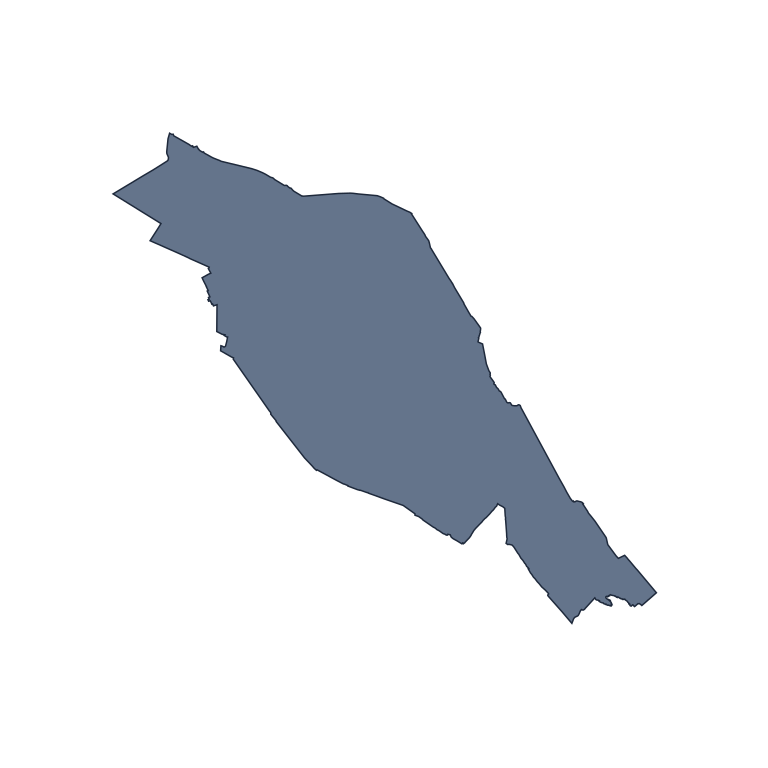 the district of Smallingerland, Friesland, Netherlands, rotated 236°
{"feature_id": "6326949B9075105928682", "entity_name": "Smallingerland", "entity_type": "district", "adm_level": 2, "iso_a3": "NLD", "parent_name": "Netherlands", "parent_adm1": "Friesland", "projection": "natural_earth1", "projection_center": [5.999, 53.115], "detail": "fine", "context": "isolated", "style": "filled", "palette": "slate", "viewbox_px": 768, "rotation_deg": 236, "n_neighbors": 0, "source": "geoboundaries", "source_scale": "gbopen_adm2", "svg_char_len": 5919}
<svg xmlns="http://www.w3.org/2000/svg" viewBox="0 0 768 768"><g transform="rotate(236 384 384)"><path d="M544.1,286.3L543.1,289.9L521.0,274.7L515.9,277.5L514.5,278.7L514.6,278.8L513.8,279.6L513.5,278.7L510.8,280.0L510.4,280.6L507.1,277.3L504.0,273.8L503.9,272.9L504.1,272.0L505.5,271.3L506.9,270.2L502.9,267.1L491.6,272.7L489.8,273.9L488.9,272.9L425.9,273.9L424.2,274.1L423.0,273.9L422.5,273.3L422.2,273.2L413.9,274.0L413.6,273.9L413.3,273.6L367.1,276.8L356.3,278.6L353.0,279.0L350.2,279.7L350.3,280.5L330.6,290.8L323.8,294.5L323.1,295.2L319.9,297.3L319.6,297.0L311.4,302.8L309.5,304.4L309.6,304.5L309.0,305.1L303.5,309.2L302.9,310.0L302.5,309.9L301.6,310.5L288.3,320.2L272.6,332.0L259.1,337.1L257.9,336.3L254.8,338.6L251.6,339.8L250.4,340.2L249.6,340.2L237.6,344.9L237.1,345.2L236.8,345.5L234.8,346.2L233.8,346.4L231.4,347.7L227.1,349.3L226.4,349.7L225.8,350.3L224.0,351.1L223.7,351.4L223.7,351.6L223.3,351.9L223.4,352.6L223.7,352.9L222.6,353.9L222.0,354.6L219.6,354.1L218.4,354.4L216.9,354.9L213.2,356.8L207.9,359.2L208.1,360.0L208.3,360.5L207.6,360.9L207.2,360.7L207.2,362.1L207.5,362.9L208.8,368.9L209.8,371.5L210.3,372.2L211.3,374.5L212.4,376.8L212.6,377.9L212.9,378.5L213.9,383.3L214.1,384.1L214.9,388.2L215.5,389.8L215.8,391.4L216.0,392.0L216.1,393.9L217.2,399.0L218.2,402.5L218.3,403.6L219.0,406.0L219.5,407.0L219.8,409.1L221.2,411.3L218.8,412.2L216.0,413.8L213.4,414.6L206.8,410.7L204.9,409.9L204.1,409.1L202.9,408.6L190.9,401.7L190.2,401.2L188.1,400.0L186.9,399.6L183.6,396.1L181.7,396.8L181.2,397.9L179.1,400.0L177.8,400.3L175.9,400.5L168.9,400.3L167.4,400.5L163.0,400.1L160.3,400.5L159.0,400.5L156.8,400.4L156.0,400.6L155.1,400.6L153.1,400.3L151.0,400.8L149.9,400.8L150.1,400.2L145.5,399.8L143.5,400.0L140.2,399.9L138.3,400.3L134.4,400.5L132.1,400.9L127.5,401.3L122.8,402.5L118.5,403.2L117.9,403.1L117.6,402.0L117.3,401.6L116.4,401.5L95.9,404.2L80.5,405.9L83.3,409.9L83.6,410.6L83.9,412.0L83.4,414.9L83.6,415.8L84.5,417.5L85.9,419.6L86.4,420.7L86.5,421.7L86.0,421.8L85.2,422.7L85.1,423.2L85.1,424.4L85.4,425.1L88.8,439.2L86.8,439.1L86.2,439.4L85.7,439.8L85.2,440.5L83.9,441.4L83.5,440.8L81.7,441.7L81.0,442.2L80.8,442.5L80.5,442.6L80.2,443.1L79.7,443.4L79.1,443.3L78.4,443.8L77.7,444.3L77.5,444.9L77.3,445.0L77.0,444.7L76.4,445.2L75.8,445.5L75.2,446.1L75.2,446.3L75.0,446.6L73.4,447.6L73.0,448.2L72.4,448.5L73.0,448.5L73.2,448.8L73.7,448.7L73.9,448.9L73.6,449.6L74.6,449.6L74.6,449.9L76.4,450.2L78.2,449.8L77.9,450.2L78.1,450.6L79.9,449.6L80.2,449.3L80.1,449.2L80.9,448.8L82.4,448.4L83.2,448.6L83.6,449.1L83.6,449.4L83.3,450.2L82.9,450.3L83.0,450.4L82.4,451.0L82.4,451.3L82.7,451.4L82.8,451.7L82.6,451.8L82.7,452.1L82.4,452.3L82.3,452.7L82.6,452.8L82.8,453.8L81.6,454.6L79.4,456.8L79.1,456.7L78.6,457.3L78.0,457.3L77.8,457.5L77.2,457.6L76.6,458.0L76.9,458.4L76.5,458.9L75.4,459.4L74.4,459.8L74.2,459.9L74.2,460.0L73.8,460.1L73.7,460.2L73.7,460.4L73.1,460.6L72.5,461.3L72.2,461.4L72.2,461.6L71.8,461.5L71.6,461.8L71.6,462.1L71.3,462.6L71.1,462.7L71.0,463.3L69.9,463.4L67.7,464.2L66.9,464.1L65.5,464.4L65.2,464.2L65.2,464.3L64.7,464.3L64.6,464.5L64.0,464.4L63.9,464.6L62.9,464.1L62.3,464.2L61.6,464.8L61.9,466.6L61.4,467.0L59.7,467.1L59.4,467.2L59.4,468.1L59.9,471.8L59.3,472.3L59.2,472.9L56.7,473.8L56.2,473.9L57.1,481.3L57.3,481.6L57.2,482.2L58.6,493.1L88.2,490.0L89.9,489.7L99.6,488.7L102.4,488.3L103.4,488.3L107.4,487.7L108.4,480.8L111.7,480.3L125.7,479.7L132.1,482.2L133.1,482.3L152.4,482.2L158.9,481.7L162.7,481.3L164.6,481.6L173.4,481.7L173.3,482.3L174.7,482.2L176.3,481.3L177.3,480.3L179.2,478.6L179.5,477.8L179.5,476.7L179.9,475.8L180.1,475.5L181.0,475.6L180.9,475.0L181.8,474.7L183.9,474.6L184.9,474.5L192.1,475.0L198.1,475.7L208.2,476.5L286.3,484.2L287.1,484.2L290.0,484.9L291.1,484.4L291.5,484.0L291.7,483.0L291.6,482.3L291.8,481.8L292.9,480.1L294.5,478.3L295.1,478.1L297.6,478.2L297.9,478.1L298.4,477.6L299.0,476.2L299.8,475.7L300.3,475.6L303.7,476.1L304.3,475.7L304.7,475.7L311.8,476.5L312.9,476.3L313.5,475.8L313.9,475.7L316.0,475.9L317.1,475.7L318.3,475.4L321.0,475.8L322.1,475.1L322.8,475.2L323.3,476.0L323.8,476.2L330.9,476.0L331.8,477.1L332.9,477.3L333.1,477.8L333.8,478.3L336.4,478.4L343.4,480.1L352.4,484.0L362.1,488.1L366.0,485.6L366.4,485.5L368.8,488.1L369.5,488.1L369.8,489.0L370.9,490.0L371.3,490.8L372.2,491.6L372.7,492.7L373.5,493.0L375.7,495.0L376.5,495.4L387.8,495.1L391.0,494.6L391.8,494.0L393.3,494.2L395.6,494.3L405.9,495.1L406.2,495.4L407.3,495.5L424.4,496.4L428.9,497.0L428.9,496.9L433.1,497.1L433.5,497.0L435.1,497.0L468.6,498.7L469.5,498.8L471.0,498.7L475.6,500.5L477.8,501.2L483.0,501.0L483.8,501.1L484.4,501.3L486.4,501.4L489.6,501.4L509.5,501.9L510.0,502.0L510.0,502.3L511.9,501.5L514.8,499.6L528.9,491.3L537.5,487.5L538.2,487.6L541.2,485.7L543.9,483.7L555.9,469.0L559.3,465.1L561.0,462.9L567.4,452.8L584.7,422.3L585.0,421.9L585.3,421.8L585.6,421.1L594.2,417.1L595.9,416.7L598.0,416.5L598.6,416.3L598.9,415.7L599.5,415.4L600.1,415.2L600.6,415.0L602.1,414.6L602.3,414.7L602.7,414.6L603.5,414.0L604.0,412.8L604.7,412.2L614.6,407.7L616.6,407.3L617.6,406.7L618.1,406.2L619.0,405.5L624.1,403.1L627.0,401.5L632.1,398.2L636.3,394.9L659.3,373.9L660.2,373.2L661.1,372.8L663.5,371.1L666.6,369.0L668.3,368.0L676.0,364.1L677.3,364.2L677.5,363.4L677.8,363.4L678.0,363.1L678.3,362.9L680.2,362.0L681.1,361.7L682.4,361.7L682.5,361.5L685.8,361.8L686.7,358.5L688.5,358.5L688.6,358.2L687.8,358.0L690.4,356.7L691.0,356.6L707.3,348.5L709.0,348.9L709.6,347.6L711.8,346.5L708.1,342.1L698.0,333.7L696.4,332.8L692.6,332.1L692.1,331.8L691.0,330.9L690.2,329.8L690.1,328.6L690.6,312.1L691.3,300.9L693.1,265.7L641.7,288.8L639.3,283.5L633.6,270.2L606.9,287.0L597.9,292.5L596.5,293.2L578.6,304.4L577.9,303.4L577.9,302.9L572.7,302.4L573.2,299.7L573.8,292.6L570.1,292.0L564.1,291.3L564.1,291.1L559.7,290.5L559.9,289.4L553.6,288.4L553.9,286.9L552.1,286.5L552.4,285.2L550.7,284.9L550.2,286.4L548.5,286.3L546.4,285.9L546.2,286.6L544.1,286.3Z" fill="#64748b" stroke="#1e293b" stroke-width="1.5"/></g></svg>